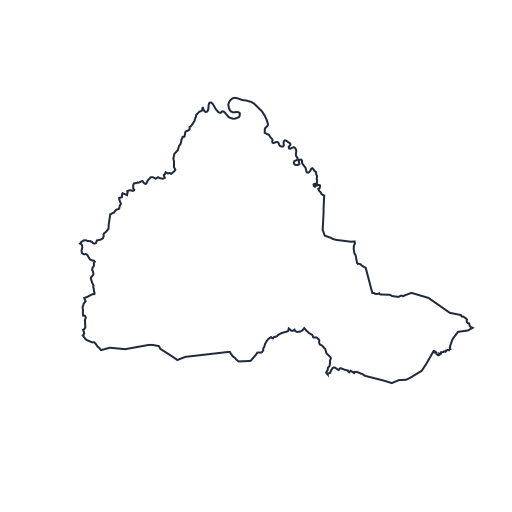 the district of Ia Pa, Gia Lai, Vietnam, rotated 164°
{"feature_id": "81297802B8571934498047", "entity_name": "Ia Pa", "entity_type": "district", "adm_level": 2, "iso_a3": "VNM", "parent_name": "Vietnam", "parent_adm1": "Gia Lai", "projection": "natural_earth1", "projection_center": [108.51, 13.527], "detail": "fine", "context": "isolated", "style": "outline", "palette": "slate", "viewbox_px": 512, "rotation_deg": 164, "n_neighbors": 0, "source": "geoboundaries", "source_scale": "gbopen_adm2", "svg_char_len": 6135}
<svg xmlns="http://www.w3.org/2000/svg" viewBox="0 0 512 512"><g transform="rotate(164 256 256)"><path d="M266.2,413.9L267.3,411.5L268.3,410.5L270.8,410.3L274.8,407.9L275.2,406.4L276.1,405.7L277.8,402.9L282.5,398.8L284.3,398.3L284.9,396.1L286.3,395.4L289.1,395.1L289.7,394.7L291.7,390.7L292.2,390.4L293.4,390.8L293.8,390.7L294.5,389.5L295.5,388.5L297.4,384.7L299.7,382.9L302.0,379.3L306.3,376.7L308.7,372.1L308.7,369.7L310.4,363.9L309.7,361.2L311.0,360.1L314.9,358.3L316.1,359.6L317.9,359.6L319.8,361.4L321.0,359.8L322.4,359.2L322.1,356.3L323.6,356.0L324.5,356.1L327.2,357.4L328.5,358.8L331.1,357.9L333.3,360.1L335.6,360.7L339.4,358.3L341.0,356.3L342.0,355.7L342.5,355.8L343.8,357.3L344.3,359.1L344.9,359.5L348.4,358.8L349.5,359.4L350.9,359.0L352.9,359.5L353.5,359.3L354.3,358.3L355.1,356.2L355.3,354.4L354.8,353.2L355.1,352.8L356.4,352.5L359.0,354.0L361.7,354.0L361.9,353.8L362.0,352.0L362.8,351.3L363.2,350.1L366.9,353.1L367.6,352.5L368.8,349.4L371.5,349.6L371.8,348.6L371.7,345.4L371.4,343.3L373.1,341.9L374.5,339.2L377.7,338.9L379.2,338.1L380.7,336.8L382.3,336.8L383.3,336.3L384.6,336.3L389.0,326.6L390.2,322.9L393.3,320.7L396.2,319.4L396.6,318.8L396.9,317.1L398.3,315.2L400.4,314.6L404.7,314.8L406.2,312.6L407.3,312.4L407.9,312.5L409.1,313.3L409.9,315.0L410.7,315.3L411.0,315.9L413.8,316.8L414.8,317.8L416.1,318.3L417.4,318.5L420.7,317.4L420.9,316.8L421.7,316.4L420.7,315.6L420.3,314.5L420.6,311.9L422.1,309.7L422.5,307.1L422.3,306.4L420.8,305.0L419.2,304.8L417.9,303.7L417.0,299.9L416.4,298.3L414.4,296.7L413.2,296.3L412.5,295.0L413.9,293.8L414.1,292.1L414.9,290.9L416.1,290.0L417.1,288.5L417.3,287.7L417.0,286.1L417.2,283.7L417.5,282.9L420.6,280.8L421.0,280.2L420.9,275.7L420.3,272.4L421.0,271.1L421.0,269.5L421.4,267.3L421.4,264.9L421.7,264.1L422.1,263.9L423.3,264.3L424.8,264.2L429.6,263.1L432.6,263.1L432.7,262.0L432.2,259.5L434.8,257.7L435.7,256.0L436.8,254.8L437.2,251.7L438.0,249.4L438.6,246.6L438.6,246.3L437.2,245.9L436.9,245.5L436.6,243.7L438.1,241.6L439.7,234.6L440.9,233.2L442.7,232.7L442.3,230.3L442.5,229.0L443.5,227.6L444.4,227.4L443.1,223.8L442.1,222.0L437.3,218.2L435.2,217.6L434.3,215.7L433.3,212.7L431.9,210.6L430.9,208.2L421.7,208.1L407.5,202.5L383.8,200.1L379.9,199.0L374.5,196.3L374.0,195.8L373.8,193.8L373.3,192.8L364.6,183.0L360.3,177.7L351.7,178.5L308.4,171.3L307.6,171.0L307.1,168.9L305.9,165.8L304.4,164.0L303.6,162.0L301.7,159.4L291.3,156.9L290.1,156.7L283.1,161.2L281.4,162.7L280.3,162.6L277.4,161.7L276.8,161.9L275.0,163.4L274.5,165.2L273.1,166.4L271.5,169.0L268.7,171.7L267.0,172.8L263.9,173.9L263.0,172.4L262.5,172.1L261.2,173.1L258.4,173.0L256.3,174.1L252.4,174.9L246.2,174.9L245.6,175.3L244.5,177.3L242.7,174.5L241.2,173.9L239.3,174.6L239.2,173.6L238.5,172.5L237.3,171.6L234.2,171.2L231.8,171.7L229.5,173.4L228.3,170.6L226.0,167.0L223.9,164.9L223.5,163.9L223.4,162.1L223.1,161.7L220.4,161.1L219.7,160.3L218.4,158.1L218.4,157.4L219.2,155.6L219.1,153.4L217.1,151.6L215.1,147.4L215.1,143.0L212.5,138.6L212.2,137.7L212.4,136.7L213.7,135.2L213.9,133.8L215.5,130.1L217.7,128.7L218.6,126.5L220.6,124.7L220.7,124.2L219.8,122.4L219.7,123.2L216.8,123.2L215.8,124.9L213.4,127.0L212.2,127.5L210.7,126.8L208.1,123.6L206.1,124.8L205.4,124.8L201.6,121.8L199.2,120.6L199.2,119.5L198.4,118.5L196.7,119.7L193.9,116.4L193.6,116.6L193.5,117.4L191.2,116.9L186.0,112.9L184.5,111.0L183.1,110.1L167.5,101.0L160.5,96.4L152.9,97.3L146.4,95.8L144.7,95.8L141.4,96.4L128.3,100.0L121.9,105.5L111.4,115.8L111.0,115.6L110.9,114.1L110.6,114.1L110.3,114.8L109.8,114.5L109.9,113.7L109.2,113.3L109.5,111.9L108.2,110.3L107.0,110.4L106.8,111.5L106.2,110.9L105.1,111.1L104.8,111.6L105.0,112.2L104.8,112.5L102.3,112.0L101.4,112.5L100.2,111.7L99.9,111.9L99.6,112.7L98.5,112.6L97.8,113.0L96.5,112.2L95.6,113.0L94.8,113.0L94.8,115.0L90.8,120.8L89.4,122.4L82.7,127.4L72.9,126.0L67.6,127.2L69.1,128.5L69.9,129.8L69.7,132.4L71.0,133.2L71.6,134.1L71.4,135.5L70.8,136.7L70.9,137.4L72.7,139.8L73.5,140.6L75.0,141.1L75.2,142.7L85.4,148.0L101.8,168.2L116.7,177.7L123.8,177.2L125.5,176.8L125.9,176.8L126.5,177.6L127.8,177.9L130.2,177.4L136.3,180.0L137.3,181.2L138.3,181.9L146.9,184.7L147.5,185.1L147.9,186.2L149.3,186.0L150.6,186.2L152.1,186.9L152.4,187.6L154.4,188.4L153.8,214.3L157.0,217.7L157.7,219.2L159.3,220.2L160.4,220.4L160.8,221.2L160.1,228.9L160.2,230.2L160.7,231.4L160.1,236.0L159.0,239.1L157.5,240.7L157.2,242.8L160.7,243.5L174.5,249.4L177.6,251.3L179.1,252.9L184.3,256.6L184.7,262.8L179.3,278.4L178.0,282.9L173.8,295.3L175.9,297.3L176.2,299.3L177.2,300.9L177.7,303.1L177.6,303.4L176.3,303.5L175.1,305.5L175.1,306.4L176.0,307.0L177.9,306.9L179.1,307.2L180.0,306.3L180.4,306.4L181.1,307.3L181.0,308.8L180.5,309.2L179.3,309.2L178.3,308.2L177.5,308.4L177.2,310.0L176.5,311.4L176.3,313.8L175.3,316.0L175.6,318.2L175.1,320.0L176.2,321.3L177.2,324.2L177.7,324.9L178.9,324.7L179.9,323.3L181.9,321.9L182.9,321.7L184.0,322.3L184.2,323.2L184.1,327.3L186.0,331.9L186.0,333.0L185.5,335.1L185.9,336.1L187.1,336.5L188.2,336.2L188.8,335.2L188.9,332.5L189.8,332.0L191.9,332.2L193.3,332.9L193.9,333.9L193.9,335.3L193.1,336.6L190.0,337.0L189.2,337.9L189.1,339.0L189.8,340.7L189.9,341.7L189.6,342.9L188.4,345.6L188.2,347.2L188.6,348.9L189.6,350.2L193.7,349.7L194.6,350.3L194.5,351.9L192.3,353.3L192.1,354.5L192.7,355.6L193.6,356.4L195.2,358.6L196.3,359.2L197.5,358.6L198.4,357.0L198.7,354.9L199.5,354.0L200.2,353.8L201.7,354.4L202.7,355.2L203.3,358.7L203.9,359.6L205.4,360.0L208.0,359.7L208.9,360.4L208.9,361.4L208.3,362.4L208.1,363.6L209.3,365.9L210.0,368.3L210.3,368.9L213.7,372.0L212.6,375.5L212.2,376.2L209.0,378.0L208.2,379.0L208.2,383.7L208.9,388.4L210.5,393.6L215.8,403.0L218.0,405.3L222.6,408.2L226.0,409.6L230.2,412.6L232.3,413.7L233.3,414.0L235.1,414.0L237.5,413.0L239.6,411.2L240.9,409.3L241.3,405.7L240.9,403.1L240.1,401.7L238.7,400.5L234.0,399.5L232.6,398.4L232.2,397.7L233.1,395.3L233.7,394.5L234.5,394.1L238.2,393.8L240.4,394.4L243.5,396.5L244.2,397.5L246.3,402.2L247.3,403.8L248.7,404.4L250.0,403.6L251.0,403.5L252.5,404.6L254.1,408.0L255.6,414.0L256.9,416.0L258.1,416.2L258.8,415.9L259.9,414.2L261.3,410.5L262.6,408.7L263.5,408.2L264.9,408.4L265.7,409.6L266.1,411.3L266.2,413.9Z" fill="none" stroke="#1e293b" stroke-width="2"/></g></svg>